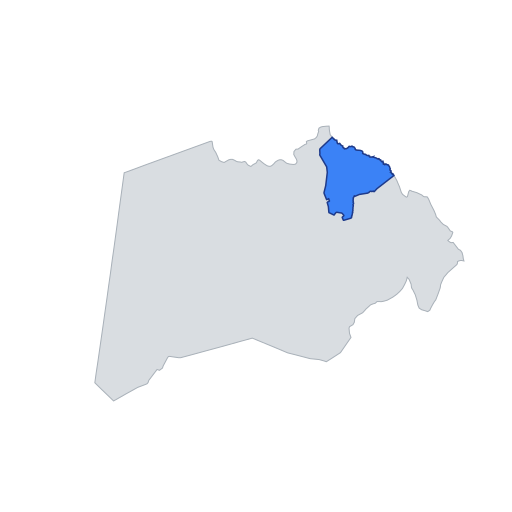 Chad, with Salamat highlighted, rotated 250°
{"feature_id": "TCD-1489", "entity_name": "Salamat", "entity_type": "Prefecture", "adm_level": 1, "iso_a3": "TCD", "parent_name": "Chad", "parent_adm1": "", "projection": "mercator", "projection_center": [20.31, 10.611], "detail": "fine", "context": "in_parent", "style": "filled", "palette": "blue", "viewbox_px": 512, "rotation_deg": 250, "n_neighbors": 0, "source": "natural_earth", "source_scale": "10m", "svg_char_len": 8069}
<svg xmlns="http://www.w3.org/2000/svg" viewBox="0 0 512 512"><g transform="rotate(250 256 256)"><path d="M379.3,160.6L379.3,171.7L379.4,182.7L379.4,193.7L379.4,204.7L379.4,215.7L379.4,226.6L379.4,237.5L379.4,248.4L379.4,252.0L379.1,253.4L379.0,253.6L378.5,253.9L373.0,252.8L370.5,252.8L367.1,253.6L362.1,254.0L358.8,253.9L356.6,255.7L354.8,258.0L355.7,263.4L355.5,265.2L354.8,267.0L353.3,268.6L351.7,269.9L350.8,271.0L349.7,273.4L348.9,274.6L348.9,276.1L348.7,277.7L347.7,278.5L345.4,279.1L343.9,279.8L342.7,281.0L341.9,281.8L342.3,283.0L342.9,284.5L343.2,286.9L343.5,288.3L344.6,289.4L345.3,290.2L345.6,291.2L344.9,292.1L342.0,293.8L340.9,294.5L339.6,295.3L339.1,295.7L337.0,297.3L335.9,298.8L335.4,300.0L335.5,301.7L336.5,304.2L337.7,306.3L338.1,307.9L338.4,309.6L338.3,311.3L337.7,312.8L336.6,314.1L332.7,316.5L330.8,319.2L329.2,322.5L328.8,324.3L329.3,325.5L330.1,326.5L331.3,327.0L333.0,327.1L335.8,326.6L338.4,326.2L341.2,327.4L342.7,330.1L342.1,332.1L343.1,335.8L344.1,340.1L344.0,341.6L344.4,342.2L346.2,342.4L346.6,343.5L346.0,351.1L346.8,353.3L348.0,354.8L349.3,355.6L350.6,356.6L351.3,357.4L352.8,357.5L354.6,358.9L355.0,360.8L354.9,362.6L353.9,366.5L353.1,369.1L352.1,368.9L350.0,368.2L347.6,367.7L344.5,367.2L341.6,368.3L338.5,369.7L337.5,370.7L336.6,371.3L335.2,371.2L334.0,371.4L333.3,372.3L332.1,373.4L327.6,375.7L326.6,376.5L326.1,377.3L326.1,378.2L326.5,380.0L326.5,382.2L325.5,384.1L324.3,385.3L323.0,385.8L321.9,386.0L321.2,386.8L318.8,390.9L317.8,391.7L315.7,391.6L309.7,397.8L309.1,399.6L307.0,402.2L304.2,405.1L301.7,406.5L301.5,407.0L300.9,407.6L299.4,408.2L294.1,411.7L287.8,411.6L285.0,412.9L282.3,413.6L278.3,414.2L277.1,414.2L272.0,414.5L266.1,414.3L263.8,414.8L261.6,416.2L260.0,417.3L259.8,417.7L260.0,418.2L260.0,418.6L264.2,421.5L265.2,422.9L264.2,424.2L263.7,424.4L263.6,424.5L262.9,425.6L260.5,428.8L256.7,432.6L254.8,433.7L254.1,434.4L253.1,437.0L252.4,437.3L249.9,437.7L244.8,437.9L237.8,438.8L233.6,439.0L231.0,438.8L227.3,440.5L226.0,441.0L225.2,441.1L221.6,442.8L218.6,445.5L217.5,446.0L213.2,447.1L211.5,448.9L210.8,449.0L208.0,446.7L206.2,444.5L205.3,442.3L205.1,441.6L204.6,441.7L203.1,442.7L201.8,443.8L201.3,445.9L196.9,447.3L193.1,448.5L191.4,450.1L188.7,450.8L185.4,450.5L182.8,449.9L180.2,449.7L181.4,447.8L181.9,446.3L182.0,444.6L181.8,443.4L180.3,442.8L179.3,441.9L177.1,436.4L174.9,430.8L171.7,425.2L168.2,421.7L165.7,419.5L164.9,419.2L163.6,418.5L162.7,417.9L158.1,414.1L153.3,409.9L152.1,408.0L149.7,405.1L147.0,402.1L145.6,400.8L145.0,398.3L146.8,396.1L148.8,393.3L151.2,391.5L154.4,391.3L159.5,392.1L165.1,392.4L170.6,391.8L172.1,391.4L173.5,391.4L176.4,392.1L181.6,391.9L184.3,390.8L181.4,388.9L178.3,385.8L175.4,382.5L173.7,379.4L172.0,375.5L170.6,370.7L169.6,364.4L169.8,360.9L170.2,358.3L171.8,354.2L170.8,351.8L171.0,349.8L170.9,346.9L170.3,345.5L168.3,340.6L167.9,340.1L166.2,336.8L165.4,331.2L163.4,327.5L160.1,325.7L158.3,323.6L157.6,319.7L156.3,318.7L151.3,317.4L147.0,317.4L143.9,313.0L140.0,307.5L136.3,302.3L133.9,291.9L132.6,285.9L134.1,284.1L137.1,279.9L141.0,271.8L149.7,259.2L154.1,252.7L163.0,243.1L173.9,231.2L180.1,224.4L181.1,212.2L182.1,199.2L182.9,189.3L183.9,177.6L184.7,167.8L185.3,160.6L186.2,150.5L186.9,148.5L191.2,140.5L191.5,139.4L190.7,138.1L184.6,131.3L182.7,129.8L181.6,126.2L183.2,124.2L175.8,112.7L174.0,111.3L173.2,109.9L173.1,107.8L173.0,99.9L171.0,87.3L168.5,72.6L177.1,68.4L183.6,65.2L192.0,61.2L199.8,65.3L211.0,71.4L222.2,77.4L233.4,83.4L244.6,89.4L255.9,95.4L267.1,101.4L278.3,107.3L289.5,113.3L300.8,119.2L312.0,125.2L323.2,131.1L334.4,137.0L345.7,142.9L356.9,148.8L368.1,154.7L379.3,160.6Z" fill="#d9dde1" stroke="#a8b0b8" stroke-width="1"/><path d="M341.5,368.2L341.4,368.3L340.9,368.4L340.4,368.6L340.1,368.8L339.7,369.2L339.4,369.3L339.2,369.3L338.9,369.2L338.6,369.4L338.3,369.7L337.6,370.3L337.4,371.0L337.1,371.5L336.4,371.2L336.0,371.2L334.1,371.0L333.6,371.2L333.4,371.7L333.2,372.2L333.1,372.5L333.3,373.0L333.0,373.3L331.6,373.6L331.2,373.8L330.5,374.3L329.9,374.8L329.7,375.1L329.0,374.8L328.8,374.8L328.3,374.9L328.1,375.0L327.9,375.0L327.7,375.4L327.2,375.5L326.8,375.6L326.4,375.8L326.3,376.2L326.3,376.7L326.0,377.4L326.0,377.8L326.0,378.3L326.3,379.2L326.3,379.6L326.4,379.8L326.8,380.3L326.9,380.5L327.0,380.7L326.9,380.8L326.9,381.0L327.1,381.2L326.4,382.4L326.3,382.9L326.3,383.1L326.4,383.5L326.5,383.7L326.4,383.9L326.1,384.0L325.9,384.0L325.7,384.1L325.4,384.6L325.2,385.0L324.9,385.4L324.3,385.6L324.2,385.6L323.4,385.9L323.1,385.9L322.8,385.9L322.5,385.8L322.3,385.7L321.5,386.2L320.9,387.1L319.7,389.9L319.0,390.8L318.3,391.6L317.5,391.9L317.2,391.9L316.2,391.5L315.9,391.3L315.5,391.6L314.3,393.0L314.2,393.3L314.1,393.7L313.9,393.7L312.6,394.6L312.4,395.0L312.0,395.8L312.0,396.3L311.9,396.3L311.7,396.3L311.4,396.6L311.2,396.7L311.1,396.8L310.8,396.5L310.6,396.5L310.4,396.6L310.1,396.8L310.0,397.0L309.9,397.1L309.8,397.5L309.5,398.2L309.4,398.5L309.4,399.3L309.3,399.6L308.9,399.7L308.9,399.9L309.0,400.0L309.1,400.4L308.8,400.2L308.6,400.3L308.6,400.5L308.0,401.0L307.8,401.2L307.7,401.5L307.5,401.8L306.6,402.8L306.3,403.0L305.8,403.2L305.6,403.8L305.6,404.3L305.4,404.8L305.2,404.8L305.0,404.7L304.9,404.6L304.6,404.9L304.6,405.0L304.3,405.0L304.1,405.3L304.0,405.6L303.8,405.8L303.7,405.6L303.4,405.8L302.4,406.1L301.4,406.6L301.7,407.6L300.5,407.6L300.4,407.5L300.0,407.4L299.5,407.4L299.0,407.1L298.8,407.1L298.7,407.3L298.7,407.6L298.6,407.9L298.4,408.0L298.1,408.0L297.7,408.3L297.9,408.9L298.1,409.4L298.0,409.7L297.4,409.9L297.0,410.4L296.8,410.9L296.3,411.5L296.0,411.3L295.7,411.4L295.5,411.5L295.1,411.8L294.9,411.9L294.5,412.0L292.6,411.9L292.1,412.0L291.6,411.5L291.3,411.4L291.1,411.3L290.7,411.4L290.1,411.9L289.7,412.0L289.3,411.8L289.0,411.6L288.8,411.3L288.7,411.1L288.4,411.4L288.4,411.5L288.2,411.6L287.9,411.5L287.7,411.5L286.8,412.1L286.8,412.4L286.8,412.5L286.7,412.6L286.4,412.2L286.2,412.1L286.1,412.3L286.0,412.5L285.9,412.7L285.7,412.8L285.5,412.7L285.4,412.8L284.8,413.2L284.5,413.2L277.9,392.7L276.2,389.4L276.1,389.2L276.2,388.9L276.3,388.8L276.3,388.7L276.8,388.5L276.8,388.4L276.8,388.2L276.8,387.9L276.8,387.7L277.0,387.4L277.0,387.0L277.1,386.9L277.2,386.5L277.2,386.4L277.3,386.3L277.5,386.2L277.6,385.9L277.7,385.6L277.7,385.3L277.6,385.0L277.4,384.3L277.1,384.0L276.9,382.4L278.1,376.2L278.5,374.2L278.3,370.1L278.3,369.6L278.5,369.5L278.8,369.2L278.8,368.8L278.7,368.7L278.4,368.6L278.2,368.5L278.1,368.3L277.9,368.0L277.6,367.5L277.5,367.4L277.4,367.3L277.0,367.2L276.8,367.1L276.7,367.1L276.5,366.9L276.4,366.8L276.0,366.7L275.8,366.7L275.7,366.6L275.3,366.4L275.2,366.3L275.0,366.2L274.9,366.2L274.7,366.2L274.4,366.2L274.2,366.2L273.9,366.0L273.7,365.8L273.6,365.7L273.3,365.6L273.2,365.6L272.7,365.7L272.5,365.8L272.2,365.7L271.9,365.6L271.7,365.5L271.6,365.4L271.3,364.9L271.2,364.8L271.1,364.7L270.8,364.6L270.7,364.6L270.3,364.7L270.2,364.7L269.2,364.2L268.8,363.9L268.7,363.8L268.6,363.7L268.1,363.6L267.9,363.6L267.5,363.3L267.1,363.2L266.9,363.1L266.7,362.9L266.4,362.8L266.0,362.8L265.8,362.7L265.7,362.7L265.3,362.3L265.0,362.1L264.8,362.1L264.4,362.0L264.3,361.9L264.2,361.9L264.2,361.7L263.9,361.5L263.5,361.5L263.4,361.4L262.4,360.8L262.1,360.5L261.7,360.4L261.4,360.2L261.2,360.0L261.1,359.8L261.1,359.7L260.9,359.6L260.6,359.6L260.4,359.5L260.3,359.4L260.2,359.3L260.2,359.2L259.9,359.0L259.5,359.0L259.4,358.9L259.3,358.6L259.2,358.4L259.1,358.2L259.1,357.8L259.5,350.9L259.6,350.6L259.7,350.4L260.0,350.3L262.6,350.2L262.7,350.3L262.9,350.3L263.1,350.6L263.7,352.2L263.9,352.4L264.1,352.4L264.4,352.4L266.5,351.6L266.8,351.4L267.1,351.1L269.4,347.0L269.5,346.6L269.5,346.3L269.4,345.9L267.8,343.3L271.8,339.4L272.9,339.6L277.7,340.9L281.9,341.2L282.2,341.7L282.3,342.1L282.4,343.4L282.5,343.6L282.6,343.8L282.8,343.8L283.0,343.9L283.6,343.8L284.7,343.9L284.8,343.8L285.0,343.8L285.0,343.7L284.8,342.2L284.8,341.9L284.8,341.7L285.2,341.6L291.3,341.4L292.0,341.5L292.5,341.7L298.3,345.6L310.2,351.6L315.6,352.9L328.8,350.5L329.2,350.5L329.5,350.6L330.4,351.1L334.0,352.2L334.5,352.6L334.9,352.9L341.5,368.2L341.5,368.2Z" fill="#3b82f6" stroke="#1e3a8a" stroke-width="1.5"/></g></svg>